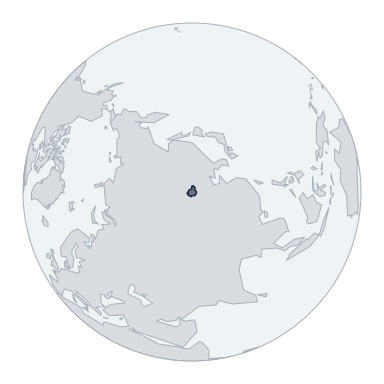 the Earth from above Sühbaatar, rotated 279°
{"feature_id": "MNG-3333", "entity_name": "Sühbaatar", "entity_type": "Province", "adm_level": 1, "iso_a3": "MNG", "parent_name": "Mongolia", "parent_adm1": "", "projection": "orthographic", "projection_center": [113.466, 46.275], "detail": "fine", "context": "on_globe", "style": "filled", "palette": "slate", "viewbox_px": 384, "rotation_deg": 279, "n_neighbors": 0, "source": "natural_earth", "source_scale": "10m", "svg_char_len": 12811}
<svg xmlns="http://www.w3.org/2000/svg" viewBox="0 0 384 384"><g transform="rotate(279 192 192)"><circle cx="192" cy="192" r="169" fill="#eef3f6" stroke="#a8b0b8"/><path d="M340.9,271.0L340.7,271.6L340.6,271.9L340.9,271.0ZM301.8,63.6L301.7,63.6L304.6,66.7L301.1,66.9L287.7,62.0L287.4,60.0L284.2,59.4L284.4,62.0L285.2,64.0L274.5,68.2L273.1,80.2L278.3,86.5L272.7,83.5L286.4,97.5L289.3,107.2L282.6,94.8L279.2,92.5L279.5,98.3L276.0,97.2L274.2,99.6L270.1,98.0L266.5,91.2L263.8,90.2L264.1,94.4L260.2,95.7L260.1,89.6L253.3,91.4L246.0,81.4L249.2,68.0L241.7,62.5L235.8,49.5L232.9,50.0L228.8,45.9L223.9,45.1L224.2,43.3L220.1,44.3L220.7,46.2L219.1,47.3L216.3,47.1L216.2,44.6L217.6,44.4L216.1,43.5L217.2,42.4L215.1,42.9L215.3,40.1L210.9,42.6L207.6,40.2L208.8,38.5L214.1,39.0L230.2,37.4L233.1,36.4L231.9,34.2L218.2,29.0L219.2,28.1L216.5,26.6L213.5,26.7L214.5,28.0L208.2,28.3L210.2,30.2L207.9,30.8L207.7,33.0L201.9,32.4L196.4,30.8L196.2,29.0L193.7,28.4L189.2,30.1L184.3,27.3L173.1,26.7L172.5,26.2L179.8,24.6L191.7,24.1L201.2,23.6L189.2,23.8L187.8,23.3L185.1,23.3L181.7,23.5L179.9,23.8L178.2,23.7L188.7,23.1L189.8,23.1L191.2,23.1L187.6,23.2L193.3,23.1L198.7,23.2L211.2,24.1L223.6,26.0L235.8,28.8L247.8,32.5L259.4,37.1L270.7,42.5L281.6,48.7L292.0,55.8L301.8,63.6ZM351.8,152.4L350.5,150.2L351.2,149.5L351.8,152.4ZM349.7,150.3L350.2,150.7L349.8,150.6L349.7,150.3ZM349.5,151.2L349.7,150.5L349.6,151.5L349.5,151.2ZM349.3,152.7L349.4,151.8L349.4,152.0L349.3,152.7ZM348.6,154.3L348.3,154.6L348.2,153.4L348.6,154.3ZM286.2,65.1L284.7,62.2L285.9,60.4L287.5,62.8L286.2,65.1ZM283.5,69.2L281.9,67.4L285.6,67.7L285.4,68.6L283.5,69.2ZM282.8,91.4L282.3,88.4L284.0,91.7L282.8,91.4ZM274.7,100.2L275.9,101.4L274.4,102.1L274.7,100.2ZM210.9,33.2L209.4,33.1L210.2,32.7L210.9,33.2ZM212.4,34.4L214.5,34.1L215.4,34.6L214.1,34.8L212.4,34.4ZM266.8,100.4L264.0,101.4L266.2,99.2L266.8,100.4ZM209.5,34.7L216.9,35.6L218.6,36.6L215.0,38.2L209.5,34.7ZM262.0,101.2L255.4,103.9L257.5,106.7L247.6,100.5L256.6,100.0L258.9,96.8L259.5,99.8L262.0,101.2ZM222.1,46.9L221.3,44.9L224.6,46.8L222.1,46.9ZM224.6,47.8L237.1,52.7L236.9,55.8L232.8,53.4L234.6,57.9L228.4,57.0L226.0,54.3L227.4,52.4L224.0,53.6L224.6,47.8ZM243.2,96.7L241.1,96.5L242.6,95.5L243.2,96.7ZM218.7,47.9L221.3,48.5L221.3,51.2L216.2,50.6L217.8,49.9L218.7,47.9ZM238.1,59.6L237.3,61.7L232.0,61.4L231.0,62.2L228.3,57.2L238.1,59.6ZM216.4,49.2L213.7,50.2L211.1,48.8L216.3,47.6L216.4,49.2ZM223.4,52.3L223.2,53.6L221.7,52.6L223.4,52.3ZM200.4,44.9L203.4,45.3L203.7,46.7L200.4,44.9ZM212.8,50.7L213.7,51.2L214.2,51.8L211.9,52.2L212.8,50.7ZM224.7,57.5L222.7,57.1L225.6,59.6L221.8,59.7L220.6,56.4L219.5,57.9L218.3,57.9L218.8,55.2L224.7,57.5ZM210.9,54.7L208.2,50.9L202.5,49.7L202.1,48.3L211.3,50.5L210.9,54.7ZM215.5,55.2L212.5,54.5L213.5,53.1L216.2,52.7L215.5,55.2ZM219.6,61.0L225.7,61.7L225.7,62.4L219.6,61.0ZM209.0,54.6L209.8,55.5L208.5,54.7L209.0,54.6ZM216.1,59.3L218.3,59.4L218.3,60.2L216.1,59.3ZM209.3,57.4L208.5,56.2L210.2,55.8L209.3,57.4ZM212.3,58.5L211.7,59.6L211.3,56.4L213.3,58.4L212.3,58.5ZM215.7,60.1L216.4,60.6L214.8,59.9L215.7,60.1ZM203.2,59.9L202.3,55.9L206.2,54.9L206.5,58.9L203.2,59.9ZM71.3,73.8L72.5,75.1L67.5,81.6L61.7,97.7L60.0,101.0L55.2,104.0L46.5,125.1L50.1,125.2L47.6,142.0L49.5,150.6L59.8,143.8L56.8,129.4L61.7,122.2L68.4,129.7L71.8,142.9L73.8,140.6L76.2,128.7L81.6,128.6L77.6,124.4L75.8,128.4L73.2,126.1L74.7,122.4L76.5,122.3L76.8,117.8L67.9,119.6L65.1,123.9L63.1,115.2L58.2,121.6L56.0,121.0L63.4,109.9L66.2,108.0L76.0,93.1L72.8,94.2L63.4,108.6L64.3,105.6L59.9,107.8L63.9,103.8L75.1,88.4L76.3,81.2L69.8,79.9L72.2,75.8L77.8,69.6L88.2,63.9L81.8,73.9L85.4,72.6L93.6,66.4L90.9,70.1L93.4,69.0L91.7,72.9L95.9,75.0L95.1,78.9L103.3,76.9L104.1,78.7L99.0,79.3L95.1,81.9L93.9,92.3L95.6,93.4L101.0,91.4L100.0,94.8L105.5,91.6L108.0,96.8L109.4,87.9L115.8,85.9L120.9,87.8L123.3,85.7L115.0,82.7L111.5,83.0L108.0,85.8L98.6,86.1L97.6,83.2L108.4,77.3L108.2,72.9L116.7,70.7L133.9,79.2L137.7,84.7L130.3,98.3L125.6,98.1L125.9,93.0L119.6,99.8L123.0,98.2L122.2,101.2L128.1,100.5L127.8,102.6L134.0,98.5L134.3,101.1L130.3,103.6L139.4,105.3L141.7,110.4L143.9,109.8L145.6,107.7L147.5,115.9L149.0,115.1L149.0,112.1L152.0,108.7L158.1,106.1L158.4,109.1L156.2,110.4L152.2,117.9L146.4,121.4L147.2,122.4L152.3,120.1L157.2,110.9L160.7,108.5L159.1,112.9L160.0,111.1L161.8,110.9L164.0,113.5L166.1,108.8L186.3,103.6L192.5,108.6L188.7,112.8L203.2,113.6L209.0,120.0L209.0,117.1L215.9,116.0L214.1,113.9L214.6,112.5L231.5,109.7L235.7,111.6L243.0,107.9L243.0,106.6L240.2,104.8L247.6,100.5L257.5,106.7L257.1,109.5L263.6,111.9L261.6,118.0L263.0,124.5L257.0,130.3L258.7,135.2L261.0,135.7L265.0,142.9L264.9,157.1L254.5,143.7L252.5,123.8L252.4,131.5L249.3,129.3L247.4,132.0L247.6,137.7L249.5,138.6L233.8,146.9L228.0,162.2L236.0,161.3L240.4,165.7L240.9,184.2L223.6,208.4L229.3,216.1L229.2,221.1L223.4,224.2L223.3,216.9L217.9,214.2L218.8,209.8L209.4,212.9L210.1,206.8L202.4,212.5L204.7,217.5L212.7,216.7L205.7,224.8L213.1,233.4L213.3,243.2L198.6,259.3L184.6,263.0L183.6,265.7L178.5,261.8L171.0,266.4L180.2,283.3L179.7,287.6L167.9,294.0L167.7,290.9L154.0,280.5L151.0,290.1L161.3,300.3L164.9,309.9L156.7,305.6L153.2,296.9L148.3,292.9L150.0,284.6L146.6,270.1L138.4,270.5L139.4,265.1L133.5,251.2L121.9,250.9L103.2,258.3L100.0,271.0L93.8,273.7L87.7,249.8L89.1,235.5L84.3,233.8L80.2,216.9L65.7,202.7L65.9,197.9L62.7,196.6L60.2,188.2L61.4,180.7L58.8,177.5L56.2,197.4L59.2,200.9L64.9,199.5L63.4,205.3L66.1,214.6L54.9,218.9L37.1,207.2L39.2,196.7L45.7,157.9L47.7,155.9L47.9,155.6L48.2,154.9L44.8,157.4L47.2,150.4L39.6,174.5L36.6,182.7L36.8,207.4L35.8,207.7L37.0,214.2L45.6,223.1L44.8,226.0L38.4,233.5L29.9,234.5L33.3,248.9L35.9,256.7L31.6,245.2L28.2,233.3L25.6,221.3L23.9,209.0L23.1,196.7L23.2,184.4L24.2,172.1L26.1,159.9L28.9,147.9L32.5,136.1L37.0,124.6L42.4,113.5L48.5,102.8L55.4,92.6L63.0,82.9L71.3,73.8ZM66.7,78.8L65.3,80.3L66.7,78.8ZM71.4,162.8L76.0,170.7L80.8,161.0L82.9,163.3L83.8,159.3L81.1,160.2L84.1,150.0L88.6,151.5L91.5,148.0L90.1,145.2L81.5,144.3L77.0,158.7L73.1,159.6L71.4,162.8ZM187.1,23.3L186.2,23.4L182.8,23.5L184.5,23.3L187.1,23.3ZM167.3,25.6L165.0,25.6L167.8,25.3L169.7,24.9L178.0,24.1L172.6,26.0L173.6,25.1L167.3,25.6ZM187.5,24.1L182.9,24.1L188.2,24.1L187.5,24.1ZM109.2,60.2L106.4,62.4L103.8,62.5L104.9,58.6L108.6,58.3L109.2,60.2ZM103.0,65.6L113.5,61.4L113.3,64.0L111.6,63.2L110.4,65.3L107.5,64.6L97.0,71.6L94.0,72.2L97.6,64.1L98.0,66.3L100.8,63.8L103.0,65.6ZM140.6,49.2L145.1,48.3L138.8,54.9L135.3,55.1L136.1,50.9L140.7,48.4L140.6,49.2ZM201.8,37.8L203.9,37.7L204.0,38.3L202.2,38.9L201.8,37.8ZM201.8,45.0L192.5,39.5L194.4,38.9L186.6,36.8L188.7,34.6L193.8,36.0L189.5,32.9L194.9,33.3L191.5,31.5L202.4,34.8L207.1,35.3L201.1,35.5L199.0,37.4L199.4,38.4L204.3,41.7L213.4,44.1L212.7,46.7L209.8,47.9L207.6,47.7L208.7,46.0L204.9,47.0L204.8,44.4L201.8,45.0ZM176.7,65.4L179.0,62.7L171.2,65.8L171.1,62.6L170.2,63.2L168.0,61.2L163.7,59.8L164.4,58.4L162.5,58.5L160.9,57.3L158.5,57.1L158.9,54.5L155.9,54.0L157.9,53.1L152.6,53.1L156.7,51.9L155.1,50.5L152.0,52.4L160.4,40.5L160.8,36.9L158.9,34.8L166.2,33.5L172.7,35.0L177.7,38.1L176.3,42.0L179.9,40.9L180.3,42.5L177.3,42.7L182.1,43.4L181.6,44.8L186.2,48.7L193.4,49.3L195.2,50.9L192.1,51.4L196.1,52.6L191.6,54.7L192.8,56.0L189.4,59.5L182.8,60.0L184.7,61.4L182.2,64.4L176.7,65.4ZM202.1,60.8L194.2,61.7L190.2,60.6L197.6,55.0L197.2,53.5L201.8,50.3L207.4,52.2L205.6,52.9L205.1,54.0L203.5,53.0L204.4,54.7L201.9,55.8L202.0,57.5L199.4,57.3L202.1,60.8ZM61.5,101.7L60.8,103.8L60.6,106.5L57.8,108.1L61.5,101.7ZM68.9,91.1L68.8,92.4L64.8,95.7L65.5,93.7L68.9,91.1ZM72.2,90.6L69.1,92.3L71.2,90.2L72.2,90.6ZM99.3,80.5L99.6,82.0L98.3,82.7L96.5,82.7L99.3,80.5ZM153.7,75.2L155.6,73.5L156.5,73.9L162.4,72.2L163.0,74.6L159.7,76.6L153.7,75.2ZM57.3,143.0L54.8,142.4L55.4,140.1L56.1,140.8L57.3,143.0ZM54.8,124.2L53.8,129.7L54.1,124.6L54.8,124.2ZM155.3,77.6L157.6,76.5L156.5,78.4L155.3,77.6ZM163.7,76.3L162.9,78.4L163.7,74.7L163.7,76.3ZM42.0,269.7L40.5,266.6L42.9,269.9L43.1,268.2L46.8,276.2L49.6,282.9L42.0,269.7ZM208.0,331.2L213.2,331.5L213.0,332.0L208.0,331.2ZM202.5,329.7L208.5,329.8L201.5,330.7L202.5,329.7ZM210.8,329.8L216.8,328.6L219.4,327.7L219.0,328.7L210.8,329.8ZM198.5,329.7L176.9,328.3L168.4,326.0L170.3,324.4L184.1,326.3L198.5,329.7ZM169.6,324.3L156.7,317.0L139.5,296.3L145.7,298.2L163.7,312.2L162.6,313.7L170.4,319.2L169.6,324.3ZM201.1,316.9L199.9,321.8L187.9,320.9L182.5,319.7L178.7,312.9L180.8,309.7L185.2,310.2L202.7,298.9L208.8,301.9L203.3,307.0L208.3,311.7L201.1,316.9ZM100.6,272.6L103.5,281.9L100.2,281.6L100.6,272.6ZM210.0,289.9L202.8,295.6L209.4,288.0L210.0,289.9ZM214.1,282.6L214.4,285.5L211.6,282.7L214.1,282.6ZM183.3,270.1L178.6,270.3L178.6,268.1L184.6,266.5L183.3,270.1ZM213.3,251.4L212.9,258.3L211.9,260.6L209.9,256.5L213.3,251.4ZM163.4,99.0L154.6,98.5L148.6,100.3L145.8,104.3L145.9,98.6L155.2,95.9L163.4,99.0ZM183.4,102.6L185.8,99.4L187.3,101.1L187.0,102.1L183.4,102.6ZM183.1,100.4L181.3,95.8L184.3,94.3L185.1,98.2L183.1,100.4ZM167.9,86.0L165.2,85.6L166.3,84.1L167.9,86.0ZM263.0,345.3L261.8,345.8L258.1,347.5L252.8,349.5L250.4,349.5L246.7,350.9L250.5,348.8L245.1,351.3L242.6,351.1L236.2,352.1L203.0,358.7L195.8,358.6L197.8,357.5L191.7,353.0L194.0,353.2L192.7,349.5L212.5,345.3L226.7,336.4L237.4,335.5L245.7,327.9L256.7,326.0L253.2,331.5L264.4,331.4L272.6,318.5L278.8,326.9L286.6,326.4L288.0,329.4L271.9,340.9L269.2,342.3L263.0,345.3ZM314.5,305.0L316.0,304.0L318.0,303.1L315.7,305.0L314.5,305.0ZM337.2,277.6L337.6,277.3L336.2,279.4L337.2,277.6ZM340.6,271.9L338.9,274.6L340.9,271.0L340.6,271.9ZM323.1,293.4L323.7,293.3L323.1,294.1L323.1,293.4ZM322.5,293.8L323.5,292.0L323.2,293.1L322.5,293.8ZM315.8,293.8L316.7,292.6L317.1,292.7L315.8,293.8ZM220.9,331.1L228.1,327.1L232.1,326.3L220.9,331.1ZM314.5,293.5L312.2,294.9L312.4,294.1L314.5,293.5ZM314.7,291.9L314.5,291.1L315.9,292.3L314.7,291.9ZM310.3,292.7L313.1,292.5L309.9,293.1L310.3,292.7ZM308.6,293.9L306.5,294.4L306.6,294.0L308.6,293.9ZM284.6,306.8L292.5,309.0L286.1,311.7L278.9,310.9L273.2,316.1L260.4,319.3L263.4,316.5L261.7,313.6L248.3,315.2L245.6,313.4L250.4,311.0L241.5,310.6L251.2,307.9L255.2,311.9L260.6,307.0L270.0,305.5L279.1,304.2L286.4,304.8L284.6,306.8ZM251.2,318.1L252.9,317.8L251.4,319.4L251.2,318.1ZM302.5,294.2L305.5,294.7L305.2,295.4L303.7,295.9L302.5,294.2ZM288.1,303.4L295.9,296.4L297.7,295.6L292.5,302.1L288.1,303.4ZM294.0,294.7L297.6,293.6L299.5,294.9L298.8,295.8L294.0,294.7ZM231.5,316.9L231.1,318.2L228.6,317.5L231.5,316.9ZM234.7,315.8L242.3,316.1L234.0,317.0L234.7,315.8ZM211.8,312.8L214.0,315.9L221.0,313.5L215.6,316.7L220.4,321.5L218.8,323.4L214.1,318.3L212.4,323.9L209.3,323.9L207.6,319.1L210.7,313.0L213.8,310.4L226.5,308.6L211.8,312.8ZM234.7,312.0L232.7,308.4L234.2,305.7L236.4,307.5L234.7,312.0ZM226.8,299.5L221.5,295.2L216.6,297.2L226.5,289.9L229.9,295.4L226.8,299.5ZM222.3,289.3L217.8,291.2L222.5,287.0L222.3,289.3ZM216.7,289.6L216.2,286.1L219.8,286.5L216.7,289.6ZM224.7,289.3L225.6,283.3L227.4,286.7L224.7,289.3ZM214.8,278.2L222.4,283.8L212.5,281.7L212.2,269.8L216.5,269.4L214.8,278.2ZM239.6,225.7L238.6,222.0L242.5,220.7L242.1,223.6L239.6,225.7ZM254.3,213.9L243.2,219.1L234.2,223.5L237.0,225.1L234.9,231.7L230.8,226.0L237.2,218.3L244.0,216.1L245.1,210.5L250.1,206.0L249.1,199.1L251.3,195.8L254.3,201.5L254.3,213.9ZM248.4,196.3L248.5,183.8L255.7,184.4L257.3,187.3L254.2,192.7L250.6,192.0L248.4,196.3ZM250.6,181.0L247.1,180.3L239.7,162.7L240.0,159.2L249.4,172.5L246.6,172.6L247.1,177.0L250.6,181.0ZM241.7,98.1L241.1,96.7L242.9,97.7L241.7,98.1ZM213.5,111.4L214.5,109.6L216.5,110.7L213.5,111.4ZM218.3,105.4L215.3,105.4L218.3,104.2L218.3,105.4ZM208.7,105.8L214.1,104.8L209.1,107.5L208.7,105.8Z" fill="#d9dde1" stroke="#a8b0b8" stroke-width="1"/><path d="M198.3,191.8L198.3,192.0L198.2,192.0L197.9,192.4L197.6,193.0L197.7,193.3L197.6,193.6L197.4,193.7L197.2,193.7L196.8,194.1L196.6,194.3L196.2,194.5L195.9,194.5L195.4,194.6L195.1,194.6L194.6,194.5L194.2,194.6L194.2,194.8L194.1,195.0L193.6,195.6L193.4,195.7L193.4,195.8L193.2,195.9L193.2,196.0L192.9,196.0L192.6,196.3L192.4,196.4L192.4,196.5L192.1,196.5L192.0,196.4L191.2,196.4L190.5,196.1L190.2,196.0L190.1,195.9L189.9,195.6L189.7,195.5L189.2,195.5L188.9,195.5L188.9,195.3L188.9,195.2L188.9,194.9L188.8,194.7L188.7,194.7L188.6,194.4L188.5,194.2L188.5,193.3L188.5,193.2L188.3,192.7L188.2,192.5L188.2,192.4L187.4,192.1L187.4,191.9L187.5,191.9L187.6,191.7L187.6,191.3L187.5,191.2L187.5,190.9L187.6,190.7L187.8,190.3L188.0,190.0L188.0,189.8L188.1,189.3L188.1,189.2L188.5,188.8L188.5,188.7L188.8,188.6L189.0,188.7L189.3,188.7L189.2,188.5L189.2,188.4L189.2,188.2L189.3,188.0L189.3,187.9L189.5,187.8L190.1,187.5L190.3,187.5L190.5,187.5L190.5,188.1L190.8,187.9L191.0,187.9L191.5,188.1L192.7,188.4L193.6,189.1L193.9,189.3L194.0,189.3L194.0,190.0L194.0,190.3L194.3,190.5L194.5,190.6L194.7,190.9L194.9,191.3L195.3,191.2L195.5,191.1L196.4,191.0L196.8,190.9L197.6,190.9L197.7,191.0L198.2,191.6L198.3,191.8L198.3,191.8Z" fill="#64748b" stroke="#1e293b" stroke-width="1.5"/></g></svg>